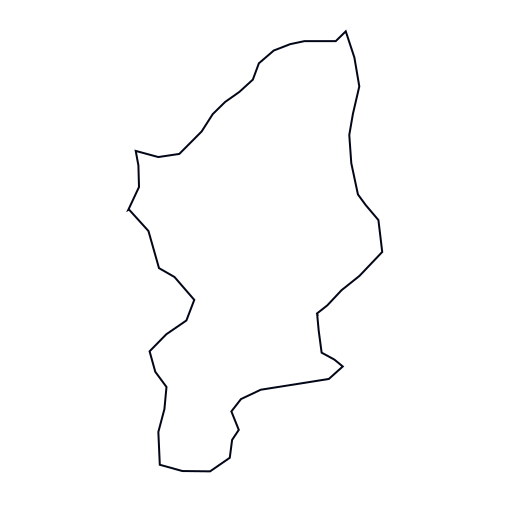 Köping, Västmanland, Sweden (orthographic projection), rotated 258°
{"feature_id": "70781695B79048986379567", "entity_name": "Köping", "entity_type": "district", "adm_level": 2, "iso_a3": "SWE", "parent_name": "Sweden", "parent_adm1": "Västmanland", "projection": "orthographic", "projection_center": [15.893, 59.597], "detail": "fine", "context": "isolated", "style": "outline", "palette": "ink", "viewbox_px": 512, "rotation_deg": 258, "n_neighbors": 0, "source": "geoboundaries", "source_scale": "gbopen_adm2", "svg_char_len": 880}
<svg xmlns="http://www.w3.org/2000/svg" viewBox="0 0 512 512"><g transform="rotate(258 256 256)"><path d="M184.6,304.1L187.1,303.7L192.9,315.5L204.8,332.6L215.0,353.0L233.7,380.3L252.2,382.0L265.7,383.2L283.0,373.9L295.0,368.5L327.0,368.5L355.0,372.4L375.0,380.4L400.4,392.3L429.7,393.5L457.1,390.5L449.6,378.7L456.1,348.1L456.1,333.4L453.3,316.1L443.9,298.9L429.2,289.6L419.9,273.7L413.1,257.8L403.8,243.2L389.1,228.7L371.8,202.2L373.1,181.0L383.8,160.2L369.0,159.8L347.8,155.9L327.7,140.7L327.9,141.4L302.8,156.0L264.3,158.6L252.4,171.9L225.9,186.5L207.4,174.5L198.1,152.0L184.9,132.1L163.7,133.4L146.5,141.2L125.3,134.6L104.2,123.9L71.8,118.5L61.0,139.2L54.9,166.3L64.1,188.4L81.1,194.4L89.5,203.0L109.1,199.6L119.2,211.6L124.2,232.8L120.6,301.7L129.9,317.9L138.4,311.1L147.8,300.1L169.9,301.8L185.3,303.6L184.6,304.1Z" fill="none" stroke="#020617" stroke-width="2"/></g></svg>